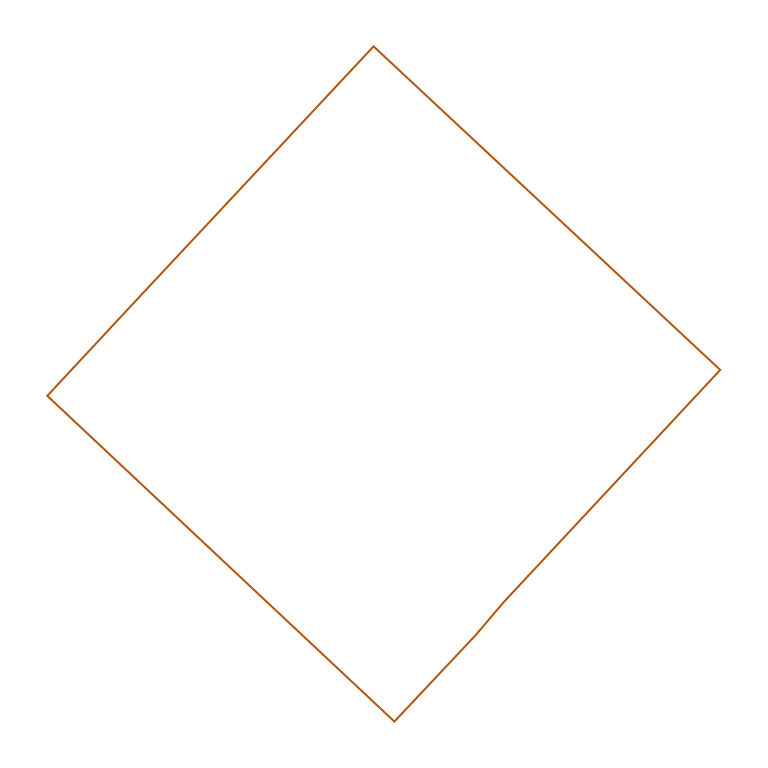 McCook, South Dakota, United States of America, rotated 223°
{"feature_id": "52423323B83837312617941", "entity_name": "McCook", "entity_type": "district", "adm_level": 2, "iso_a3": "USA", "parent_name": "United States of America", "parent_adm1": "South Dakota", "projection": "mercator", "projection_center": [-97.372, 43.674], "detail": "fine", "context": "isolated", "style": "outline", "palette": "amber", "viewbox_px": 768, "rotation_deg": 223, "n_neighbors": 0, "source": "geoboundaries", "source_scale": "gbopen_adm2", "svg_char_len": 286}
<svg xmlns="http://www.w3.org/2000/svg" viewBox="0 0 768 768"><g transform="rotate(223 384 384)"><path d="M621.9,623.8L622.3,265.2L622.2,145.7L383.6,144.9L146.2,144.2L145.7,263.1L147.7,306.1L147.7,623.6L351.8,623.7L621.9,623.8Z" fill="none" stroke="#b45309" stroke-width="2"/></g></svg>